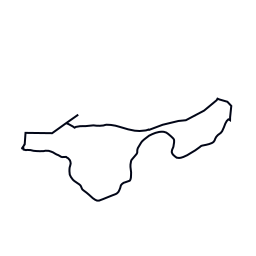 Grande Riviere, Dennery, Saint Lucia (Albers equal-area conic projection), rotated 132°
{"feature_id": "8701671B60568978044101", "entity_name": "Grande Riviere", "entity_type": "district", "adm_level": 2, "iso_a3": "LCA", "parent_name": "Saint Lucia", "parent_adm1": "Dennery", "projection": "albers", "projection_center": [-60.932, 13.933], "detail": "fine", "context": "isolated", "style": "outline", "palette": "ink", "viewbox_px": 256, "rotation_deg": 132, "n_neighbors": 0, "source": "geoboundaries", "source_scale": "gbopen_adm2", "svg_char_len": 2222}
<svg xmlns="http://www.w3.org/2000/svg" viewBox="0 0 256 256"><g transform="rotate(132 128 128)"><path d="M46.3,81.1L48.0,80.7L64.2,83.1L83.5,90.2L89.0,95.2L102.4,104.4L115.3,111.1L115.3,111.6L116.3,112.2L117.7,113.0L118.6,113.8L122.5,117.4L125.5,121.2L128.9,127.0L132.8,135.1L134.7,138.9L137.2,142.8L139.9,146.1L141.0,147.0L142.5,147.9L144.2,149.5L145.1,150.3L147.5,153.1L148.4,154.4L149.2,155.5L154.8,160.6L158.7,164.8L162.1,167.5L162.5,167.6L163.5,167.9L163.7,169.6L163.9,170.6L164.9,174.9L165.8,177.2L151.4,173.9L166.2,177.3L182.6,180.9L200.2,200.9L203.9,198.0L209.3,193.8L213.9,193.2L214.0,192.9L213.8,192.5L212.4,193.0L213.9,191.1L212.7,189.0L211.8,188.3L209.6,185.6L208.2,183.0L206.4,180.6L204.4,178.2L201.7,175.3L200.1,174.1L198.0,171.6L196.9,169.1L196.2,167.1L196.0,165.8L195.5,163.5L194.8,161.6L194.4,159.8L194.3,158.9L193.7,157.5L192.3,156.1L190.9,154.6L190.9,153.7L190.6,152.7L190.6,151.6L190.9,149.5L191.7,148.1L192.8,146.8L195.0,145.6L196.3,145.0L197.7,144.0L199.3,142.6L201.6,140.1L202.6,137.7L203.3,134.4L203.3,132.5L202.9,129.4L202.5,126.5L202.5,125.1L202.7,124.2L204.0,121.4L204.2,120.6L204.1,118.8L203.8,115.5L203.7,112.4L203.7,107.2L203.3,104.3L202.7,102.5L201.3,100.9L200.1,100.3L197.6,99.0L193.1,96.8L188.2,94.4L186.1,93.3L184.5,92.6L183.2,92.4L181.6,92.4L179.3,93.1L177.7,93.7L175.4,94.9L173.8,95.0L171.7,94.6L170.3,93.8L166.1,91.5L165.5,91.5L164.5,91.8L163.0,92.6L161.0,94.2L158.9,96.0L155.3,100.1L153.5,101.7L150.5,103.6L149.3,104.0L142.5,104.2L141.2,104.3L140.1,104.7L138.2,106.3L136.9,107.0L136.1,107.3L133.5,107.8L130.4,108.4L128.7,108.6L126.2,108.4L124.4,108.1L119.6,107.2L116.4,105.9L113.2,104.3L110.2,102.3L108.4,100.7L106.9,98.9L105.8,96.5L105.5,94.1L105.4,90.3L105.5,87.4L105.8,86.2L106.5,85.3L107.9,84.1L111.6,81.7L113.0,81.2L114.5,80.7L115.6,80.1L116.6,79.4L117.2,78.3L117.6,77.2L117.7,76.3L117.7,74.4L117.5,72.0L116.1,70.0L114.7,68.8L112.5,67.5L108.6,65.8L104.9,64.7L99.7,63.1L94.2,61.9L92.7,61.7L91.6,61.2L88.1,58.6L85.7,57.0L83.0,55.6L81.2,55.1L80.6,55.2L79.4,55.3L77.6,56.0L75.5,56.5L73.1,56.5L69.6,55.8L67.4,55.9L63.3,57.2L59.7,58.6L56.7,59.3L54.4,59.2L54.0,58.1L53.9,57.4L51.7,59.3L42.5,66.0L42.0,71.7L45.7,79.3L46.3,81.1Z" fill="none" stroke="#020617" stroke-width="2"/></g></svg>